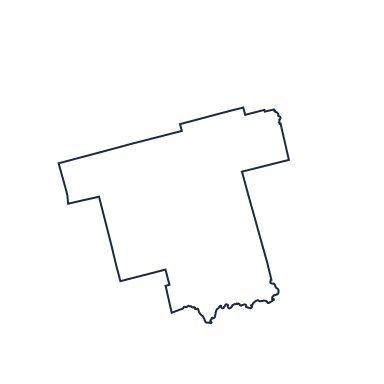 the district of Pila, Buenos Aires, Argentina, rotated 123°
{"feature_id": "61730980B41128044473522", "entity_name": "Pila", "entity_type": "district", "adm_level": 2, "iso_a3": "ARG", "parent_name": "Argentina", "parent_adm1": "Buenos Aires", "projection": "orthographic", "projection_center": [-58.263, -36.217], "detail": "fine", "context": "isolated", "style": "outline", "palette": "slate", "viewbox_px": 384, "rotation_deg": 123, "n_neighbors": 0, "source": "geoboundaries", "source_scale": "gbopen_adm2", "svg_char_len": 5537}
<svg xmlns="http://www.w3.org/2000/svg" viewBox="0 0 384 384"><g transform="rotate(123 192 192)"><path d="M298.5,211.5L302.6,207.0L305.8,203.5L271.5,172.0L282.1,160.4L285.1,163.0L304.3,143.3L295.7,136.9L294.5,136.0L294.3,136.1L293.8,136.2L293.1,136.3L292.8,136.2L292.6,136.1L292.3,135.7L292.0,134.8L291.7,134.4L291.6,134.2L291.3,133.9L290.9,133.7L290.3,133.6L290.1,133.4L289.9,133.1L289.6,133.0L289.3,132.9L289.1,132.7L289.1,132.3L289.2,132.0L289.2,131.7L288.8,131.1L288.5,130.9L288.4,130.6L288.4,130.1L288.5,129.8L288.6,129.5L288.5,129.0L288.2,128.3L287.8,127.9L287.6,127.6L287.4,127.4L287.3,127.2L287.3,126.7L287.5,126.4L287.8,126.4L288.2,126.3L288.3,126.1L288.3,125.4L288.2,125.1L287.9,124.6L287.6,124.4L287.2,124.3L287.0,124.0L286.9,123.5L287.0,123.1L287.1,122.9L287.3,122.5L287.5,122.2L287.9,121.9L288.4,121.3L288.8,120.9L289.0,120.6L289.3,119.7L289.5,119.3L289.6,118.9L289.8,118.5L290.1,117.4L290.2,117.1L290.2,116.2L290.2,115.9L290.3,115.3L290.4,115.1L290.6,114.6L290.7,114.4L290.9,114.1L291.2,113.9L291.4,113.6L291.5,113.0L291.7,112.6L292.0,112.2L292.6,111.6L292.9,111.2L293.1,110.7L293.4,110.4L293.6,110.1L293.8,109.6L293.8,109.3L293.6,108.8L293.6,108.6L293.3,108.3L293.1,107.9L292.9,107.6L292.6,107.0L292.2,106.5L292.1,106.4L292.0,106.2L292.0,105.6L292.0,105.3L291.7,104.8L291.5,104.6L291.3,104.5L291.2,104.5L290.7,104.6L290.6,104.8L290.5,105.5L290.4,106.0L290.2,106.3L289.9,106.5L289.7,106.5L289.1,106.5L288.6,106.6L288.2,106.5L287.8,106.3L287.6,106.4L287.4,106.5L287.1,106.7L286.8,106.7L286.6,106.6L286.4,106.5L286.3,106.3L286.2,105.6L286.2,105.4L286.0,105.2L285.4,104.8L284.8,104.7L284.5,104.7L284.0,104.8L283.4,105.0L282.8,105.5L281.6,105.7L281.1,106.0L280.4,106.5L280.0,106.6L279.1,106.9L278.2,107.1L277.1,107.2L276.2,107.1L275.9,107.0L275.6,106.8L275.2,106.7L274.3,106.5L274.0,106.5L273.2,106.5L272.9,106.6L272.7,106.5L272.4,106.5L272.1,106.3L271.9,106.1L271.8,105.9L271.8,105.6L271.9,105.4L272.0,105.3L272.6,105.1L272.7,104.9L272.8,104.5L273.0,103.6L273.0,103.3L272.9,103.1L272.8,102.9L272.7,102.7L272.2,102.4L271.4,102.3L271.1,102.5L270.8,102.6L270.5,102.5L270.0,102.4L269.7,102.4L269.3,102.3L268.7,102.4L268.4,102.5L268.2,102.5L267.9,102.4L267.5,102.1L267.4,101.8L267.3,101.5L267.2,101.1L267.2,100.8L267.2,100.5L267.3,100.2L267.6,100.0L268.1,99.9L268.4,99.8L268.7,99.5L269.1,99.1L269.3,98.9L269.3,98.2L269.3,97.9L269.3,97.6L269.2,97.3L269.0,97.0L268.7,96.8L268.4,96.6L267.0,96.2L266.6,96.2L264.9,96.4L264.6,96.3L263.9,95.8L263.6,95.6L263.3,95.5L262.7,95.1L262.5,94.8L262.4,94.5L262.3,94.3L262.1,94.2L261.9,94.3L261.5,94.1L261.3,94.0L261.2,93.7L261.3,93.5L261.4,93.4L261.4,93.1L261.3,92.9L261.1,92.6L260.8,92.5L260.5,92.4L260.3,92.3L260.2,92.1L260.1,91.9L260.1,91.6L260.1,91.4L260.2,91.1L260.5,90.6L260.8,89.8L260.8,89.4L260.7,89.1L260.5,88.8L260.2,88.7L259.7,88.5L259.2,88.1L258.7,87.6L258.4,87.4L258.1,87.2L257.9,86.9L257.6,86.5L257.4,86.0L257.3,85.7L257.3,85.4L257.4,85.1L257.6,84.8L257.9,84.6L258.2,84.4L258.5,84.4L258.7,84.2L258.9,84.0L258.9,83.7L258.9,83.4L258.8,83.1L258.5,82.5L258.4,82.0L258.1,81.1L257.9,80.0L257.7,79.7L257.2,79.3L256.9,79.1L256.5,79.0L255.9,79.1L255.5,79.2L255.3,79.5L255.2,79.8L255.2,80.3L255.2,80.5L254.9,80.8L254.7,80.7L253.9,80.0L253.5,79.8L253.1,79.9L252.8,80.0L252.6,80.1L252.4,80.1L252.2,80.1L251.8,80.0L251.3,80.0L250.6,79.7L250.2,79.7L249.6,79.5L248.4,79.0L248.2,78.8L247.7,78.5L247.3,78.1L246.9,77.8L246.8,77.3L246.7,76.8L246.7,76.6L246.9,76.1L246.9,75.8L246.8,75.6L245.9,74.7L245.4,74.0L244.5,73.0L244.1,72.8L244.0,72.6L243.5,71.8L243.4,71.4L243.3,71.1L243.1,70.9L243.0,70.6L243.0,69.5L243.1,69.4L243.1,69.2L243.6,68.6L243.8,68.3L243.7,68.0L243.6,67.7L243.4,67.5L243.2,67.2L242.9,67.0L242.8,66.9L242.7,66.8L242.3,66.6L242.0,66.6L241.9,66.5L241.5,66.4L241.4,66.3L241.4,66.2L240.8,66.0L240.1,65.6L239.4,65.4L239.1,65.3L239.0,65.2L238.9,65.0L238.7,64.8L238.4,64.7L237.9,64.7L237.7,64.8L237.4,64.9L237.3,65.1L237.4,65.4L237.6,65.5L237.9,65.8L238.0,65.9L238.1,66.2L238.2,66.3L238.1,66.5L237.7,66.8L237.4,67.0L236.9,67.2L236.7,67.3L235.8,67.3L235.2,67.3L234.8,67.2L234.4,66.9L234.1,66.9L233.8,66.9L233.5,66.7L233.3,66.3L232.7,65.7L232.3,65.5L231.9,65.4L231.4,64.7L231.2,64.5L230.1,64.5L229.8,64.5L229.6,64.6L229.1,64.8L228.7,65.2L228.2,65.4L227.6,65.6L227.3,65.8L227.2,65.9L227.0,66.4L226.7,66.9L226.5,67.6L226.4,67.9L226.4,68.1L226.6,68.9L226.6,69.0L226.2,70.0L226.0,70.4L225.8,70.7L225.7,70.9L225.3,71.1L225.1,71.3L224.9,71.6L224.8,71.8L224.6,72.3L224.5,72.6L224.3,73.0L224.3,73.4L224.4,73.8L224.7,74.1L225.0,74.5L225.2,75.2L225.2,75.4L225.4,75.6L225.5,75.9L225.5,76.2L225.5,76.5L225.4,76.8L225.2,77.1L225.0,77.3L224.8,77.4L224.1,77.5L223.9,77.5L223.2,78.0L222.9,78.1L222.7,78.0L222.4,77.6L210.4,90.3L189.9,113.6L182.2,122.3L164.5,142.4L147.7,161.2L112.3,128.2L101.8,139.1L101.5,139.4L86.4,155.0L87.1,155.7L86.7,156.1L86.4,156.6L86.3,156.8L85.5,156.9L85.1,157.1L84.9,157.3L84.4,157.7L84.2,157.9L83.6,158.2L83.4,158.2L83.2,157.9L82.9,157.9L82.4,157.9L82.1,157.9L81.7,158.2L81.4,158.3L81.1,158.7L80.9,159.3L80.9,159.7L81.2,160.3L81.2,160.9L81.1,161.2L81.0,161.4L80.4,161.6L80.2,161.7L79.9,161.9L79.5,162.4L79.4,162.7L79.3,162.9L79.2,163.3L79.1,163.6L79.0,164.3L79.1,164.6L79.4,165.1L79.5,165.3L79.5,165.5L79.4,165.7L78.9,166.1L78.7,166.4L79.0,166.6L79.3,166.8L79.3,167.0L79.0,167.4L78.6,167.6L78.2,168.3L84.9,174.7L83.7,176.0L98.3,189.4L93.3,195.0L101.7,202.9L111.7,212.0L120.6,220.0L141.6,239.0L146.3,233.8L182.7,267.3L240.6,319.5L260.7,296.7L263.3,294.2L269.3,289.5L257.9,278.5L246.6,267.4L280.0,231.2L295.0,215.4L298.5,211.5Z" fill="none" stroke="#1e293b" stroke-width="2"/></g></svg>